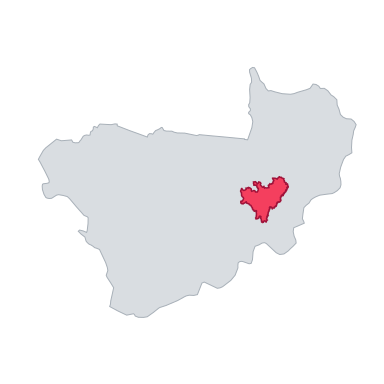 Mouhoun, Mou Houn, Burkina Faso shown in context, rotated 186°
{"feature_id": "67063806B95698273817509", "entity_name": "Mouhoun", "entity_type": "district", "adm_level": 2, "iso_a3": "BFA", "parent_name": "Burkina Faso", "parent_adm1": "Mou Houn", "projection": "natural_earth1", "projection_center": [-3.46, 12.237], "detail": "fine", "context": "in_parent", "style": "filled", "palette": "rose", "viewbox_px": 384, "rotation_deg": 186, "n_neighbors": 0, "source": "geoboundaries", "source_scale": "gbopen_adm2", "svg_char_len": 8675}
<svg xmlns="http://www.w3.org/2000/svg" viewBox="0 0 384 384"><g transform="rotate(186 192 192)"><path d="M289.6,250.0L279.5,250.5L275.7,251.7L273.5,251.7L273.4,250.7L273.2,250.0L260.3,246.5L251.3,244.3L242.2,242.0L241.7,244.2L240.4,245.6L238.4,245.7L237.0,245.4L236.1,247.1L234.6,249.3L232.5,250.4L230.4,251.8L229.3,253.0L228.4,253.0L226.3,250.2L223.6,249.9L218.4,250.4L216.0,249.6L212.9,249.2L205.4,249.8L193.3,248.6L191.4,249.3L190.9,249.8L179.0,249.9L165.9,250.1L154.9,250.2L145.3,250.3L145.3,249.8L142.2,249.7L141.9,250.7L139.2,262.2L138.9,268.4L140.3,272.3L142.0,274.8L143.8,275.8L144.0,277.2L142.5,279.0L142.6,280.8L144.4,282.7L144.8,284.7L143.9,286.8L144.1,291.9L145.4,299.9L145.4,305.0L144.2,307.4L144.8,311.4L147.2,317.1L147.6,319.6L146.7,320.7L144.8,322.2L142.8,322.1L140.5,318.7L139.5,317.1L137.6,313.6L136.0,310.1L133.9,308.5L131.8,307.1L129.2,302.6L126.7,300.5L124.1,301.1L120.3,300.3L112.6,299.2L104.3,299.5L100.8,300.5L97.4,302.2L88.8,305.7L85.4,307.5L82.9,312.0L79.9,311.9L77.0,310.5L75.2,308.4L71.2,308.9L67.5,306.9L63.8,303.0L61.1,301.7L57.6,298.9L56.7,293.6L54.5,289.8L52.5,284.6L49.5,282.2L46.1,281.0L41.4,281.2L38.2,279.1L35.8,276.1L36.4,273.4L37.6,269.7L37.7,266.1L38.4,260.2L38.0,252.8L37.1,247.7L39.8,245.6L42.8,243.7L44.7,240.2L46.7,232.4L47.5,225.6L46.9,223.1L45.9,221.1L45.1,218.2L44.6,214.7L45.2,211.6L47.5,208.7L50.4,206.3L52.4,205.1L57.8,203.9L64.6,202.2L68.5,200.1L71.3,198.1L72.9,196.5L74.5,193.2L77.1,190.7L79.1,188.1L79.4,180.9L79.4,176.8L77.9,174.6L77.1,172.7L87.1,167.1L87.2,163.1L85.8,158.7L83.8,155.2L83.1,152.1L85.9,148.5L88.3,145.8L90.1,143.5L94.1,140.0L98.2,139.0L101.9,140.4L112.8,148.6L114.7,149.2L117.0,148.5L119.9,146.4L123.6,144.6L125.0,139.1L124.8,131.0L125.7,127.2L127.7,126.6L134.0,128.1L135.6,128.2L137.4,127.7L138.7,126.3L138.7,123.7L138.4,121.3L140.4,113.8L144.2,108.1L151.7,101.0L154.1,99.6L156.8,98.9L170.4,103.7L172.6,102.5L175.9,90.5L179.5,89.3L183.9,89.1L186.8,88.1L188.3,87.2L194.7,82.7L206.0,76.4L212.1,73.7L213.3,72.7L217.7,68.3L223.5,63.2L227.2,62.2L232.3,61.8L235.5,62.7L236.4,64.1L237.4,64.8L244.1,62.7L253.7,66.1L261.9,69.5L261.4,71.6L261.4,75.4L260.7,81.4L259.9,88.6L263.4,93.2L267.5,98.2L268.6,100.2L267.5,105.1L268.3,108.0L270.5,112.8L274.2,118.9L278.0,125.2L280.6,126.0L283.1,126.5L284.6,127.6L286.8,128.7L289.0,129.4L290.9,130.8L292.2,132.1L293.8,136.0L298.0,138.6L301.0,141.1L299.8,142.4L296.1,141.9L292.6,140.8L292.2,142.6L292.1,149.7L292.6,155.6L293.5,156.4L297.0,157.5L305.4,165.2L313.0,172.5L315.5,174.4L319.7,175.1L324.4,175.4L326.4,174.7L330.9,171.1L333.3,170.6L335.6,170.8L336.8,171.3L339.0,174.3L341.0,178.8L341.6,182.2L341.5,184.0L340.8,184.6L337.0,185.5L335.4,186.2L335.0,187.1L335.6,189.4L336.4,190.8L340.5,197.3L346.4,206.1L348.2,208.4L347.2,211.0L344.2,217.8L342.0,220.7L332.2,230.4L327.3,229.3L317.2,231.2L315.6,229.0L313.3,228.7L310.3,229.1L309.3,229.9L308.9,230.9L307.9,232.2L306.0,236.1L304.6,237.1L302.8,237.7L300.6,237.6L299.3,238.1L299.3,240.0L298.9,241.6L297.4,242.5L296.8,244.3L296.9,246.2L296.0,247.0L294.1,246.5L292.9,246.0L291.9,248.4L290.6,250.0L289.6,250.0Z" fill="#d9dde1" stroke="#a8b0b8" stroke-width="1"/><path d="M138.7,201.4L138.3,200.9L138.5,200.2L139.4,199.5L140.6,198.9L140.9,199.0L141.7,199.4L142.8,200.7L143.1,200.6L143.2,200.4L143.3,199.3L143.7,198.4L143.8,198.0L143.7,197.8L143.3,197.0L142.8,196.6L142.6,196.2L142.7,195.5L142.4,194.7L142.4,193.9L142.1,193.3L141.4,192.5L140.4,191.9L140.2,191.4L140.0,191.0L140.3,189.7L140.8,188.7L141.3,188.2L141.4,187.9L141.7,187.9L142.2,188.1L142.4,187.9L142.5,187.2L142.4,186.8L142.2,186.1L141.9,185.9L141.6,185.9L141.1,185.5L140.5,185.8L140.1,185.5L139.9,185.5L139.6,186.0L139.3,186.3L139.0,186.4L138.7,186.4L138.2,186.8L137.3,187.8L137.0,187.9L136.7,187.5L136.6,186.8L136.2,186.5L135.7,186.5L135.0,186.3L134.3,186.3L133.9,186.0L133.8,185.6L133.6,185.3L132.3,185.0L131.9,184.7L131.7,184.5L131.5,183.7L130.3,182.7L130.2,181.6L129.7,181.3L129.4,180.6L128.8,180.6L128.5,180.4L128.4,180.1L128.4,179.7L128.2,179.5L128.0,179.4L127.3,179.6L126.4,180.2L125.9,180.0L125.8,179.8L125.8,179.6L126.1,178.8L125.6,177.4L125.7,177.0L125.5,176.2L125.6,175.3L125.4,174.8L125.6,174.2L125.6,173.8L125.8,173.1L126.0,172.8L125.6,172.3L125.6,172.0L124.9,172.0L124.6,172.2L123.9,172.3L123.7,172.4L123.4,172.9L123.3,173.0L123.1,173.0L122.8,173.6L122.7,174.3L122.4,174.9L122.1,175.1L121.6,175.1L121.0,174.8L120.8,174.5L120.9,174.1L121.3,173.3L120.3,172.2L120.1,171.0L119.5,170.4L119.5,170.2L119.8,169.8L119.7,169.5L119.3,169.3L119.0,169.5L118.3,169.6L118.2,169.2L117.7,169.5L117.6,170.3L117.4,170.6L117.0,170.9L116.6,170.9L115.7,170.2L115.2,169.9L115.0,170.2L115.1,170.9L114.9,171.0L114.6,171.3L114.4,171.8L114.2,172.0L114.5,172.2L115.1,172.9L115.0,173.3L115.1,173.7L115.1,173.8L114.7,174.1L114.6,174.3L114.8,174.6L114.8,174.8L114.9,175.4L114.4,175.6L114.1,176.0L114.3,176.0L114.5,176.0L114.6,176.5L114.5,176.9L114.4,176.9L114.3,176.7L114.0,176.8L114.0,177.1L114.3,177.2L114.4,177.5L114.3,177.8L114.0,178.2L114.1,178.6L114.0,178.9L114.1,179.7L114.0,179.9L114.0,180.2L113.8,180.4L113.6,180.4L113.5,180.5L113.6,181.2L113.5,181.4L113.4,181.5L113.5,181.8L113.5,182.2L113.1,182.5L113.3,183.0L112.9,183.4L112.7,183.9L112.7,184.0L113.3,184.4L113.3,184.8L113.0,185.3L112.7,185.5L112.0,185.2L111.6,185.3L111.2,185.2L111.0,184.9L111.0,184.6L110.8,184.3L110.7,184.3L110.6,184.1L110.6,183.7L110.4,183.6L110.1,183.9L110.1,184.1L109.8,184.5L109.6,184.5L109.3,184.4L109.4,184.5L109.2,184.7L108.6,184.7L108.6,184.8L108.5,185.2L108.6,185.5L108.0,185.7L107.8,185.9L107.8,186.2L107.7,186.2L107.6,186.3L107.3,186.3L107.1,186.4L107.3,186.6L107.4,186.8L107.2,187.0L107.0,186.9L106.9,187.0L106.8,187.3L106.6,187.5L106.7,187.8L106.4,188.2L106.5,188.7L106.4,189.0L106.5,189.1L106.6,189.3L106.1,189.7L106.2,190.1L105.9,190.0L105.7,190.1L105.6,190.4L105.8,190.6L105.5,191.1L105.3,191.3L104.9,191.2L104.5,191.0L104.3,191.1L104.1,191.3L103.7,191.2L103.1,192.1L103.0,192.5L102.8,192.6L102.7,193.1L102.9,193.1L103.2,193.3L103.1,193.6L103.4,194.1L103.2,194.6L103.3,194.7L103.3,195.0L103.5,195.5L103.3,195.8L103.4,196.0L103.0,196.2L102.8,196.5L102.9,196.9L102.7,197.0L103.0,197.3L102.8,197.6L102.7,197.9L102.4,198.2L102.4,197.9L101.6,198.1L101.1,197.9L100.9,198.1L100.9,198.4L100.9,198.7L101.2,198.9L101.0,199.4L100.7,200.3L100.6,200.5L100.3,200.5L100.2,200.4L100.3,200.1L100.2,200.0L100.0,200.4L99.7,200.9L99.9,201.2L99.9,201.3L99.6,201.6L99.0,201.8L98.8,202.0L98.8,202.3L98.5,202.7L98.6,203.1L98.9,203.1L99.0,203.2L99.0,203.4L99.0,203.6L98.8,203.9L98.6,203.8L98.5,203.6L98.2,203.6L97.9,204.0L98.0,204.7L97.8,204.8L97.7,205.1L97.7,205.3L97.8,205.7L97.9,205.9L98.0,206.2L98.1,206.3L98.1,206.5L97.8,206.8L97.6,206.3L97.3,206.1L97.0,206.4L96.8,207.1L96.8,207.4L97.2,207.9L97.5,208.9L97.8,209.2L97.7,209.4L97.9,210.0L98.1,210.0L98.4,209.7L98.5,209.7L98.8,209.5L99.2,209.5L99.3,209.6L99.5,209.6L99.6,209.9L99.6,210.2L99.4,210.9L99.4,211.1L99.9,211.3L100.4,211.3L101.2,211.7L101.4,212.5L101.3,212.9L101.6,213.2L101.6,213.4L102.1,213.8L102.3,214.5L102.1,214.9L103.4,215.2L104.0,215.3L104.4,215.5L104.6,215.9L104.8,216.0L105.2,216.0L105.5,215.8L105.9,215.8L106.5,216.0L106.7,216.3L106.8,216.3L107.0,216.0L107.2,215.8L107.4,215.4L107.7,215.2L107.8,215.0L108.3,214.6L108.4,214.2L108.7,213.7L109.8,214.2L110.8,214.4L112.2,214.3L112.6,214.1L112.9,214.2L113.0,214.1L113.3,214.1L113.3,213.9L112.8,213.4L112.8,213.1L112.5,212.8L112.4,212.6L112.3,212.4L112.0,212.4L111.8,212.2L111.9,211.6L112.1,211.4L112.2,210.9L112.4,210.7L112.5,210.4L112.6,210.2L112.5,209.8L112.4,209.3L112.6,209.0L112.8,209.0L112.9,208.9L113.2,208.9L113.3,208.7L113.5,208.5L113.5,208.3L113.7,208.2L114.0,208.4L114.4,208.1L114.6,208.1L114.9,207.9L115.3,208.2L115.4,207.9L115.6,207.9L115.6,207.6L115.9,207.0L116.6,206.9L116.8,206.6L116.6,206.3L116.5,205.7L116.0,204.4L118.1,203.8L119.6,203.9L120.1,203.8L120.3,203.6L120.4,203.9L121.1,205.1L121.3,204.9L121.5,204.4L121.6,204.2L122.2,204.1L122.6,204.2L122.7,204.4L123.6,205.2L124.6,205.9L124.7,206.4L124.7,206.7L124.4,207.7L124.7,208.2L124.9,208.3L125.0,208.6L126.0,208.9L126.7,209.0L127.0,208.3L126.9,207.9L127.8,207.0L129.9,208.9L131.9,208.4L131.7,207.8L131.7,207.4L131.8,207.2L131.3,205.9L131.2,205.3L130.5,205.5L130.3,205.3L130.1,205.4L129.8,205.2L129.5,205.4L128.9,205.5L128.5,205.3L128.4,205.4L128.2,205.0L127.8,203.7L127.7,203.6L127.8,203.6L127.6,203.2L127.2,202.9L127.0,202.6L126.6,202.6L126.4,202.4L126.4,201.0L126.5,200.2L127.0,199.0L127.1,198.8L127.3,198.7L128.6,198.8L128.9,198.7L129.2,199.3L129.5,199.7L130.5,200.0L132.7,198.9L133.1,199.4L133.3,200.9L133.5,201.3L135.0,202.2L135.5,202.2L135.9,202.4L136.3,202.5L136.6,202.3L136.6,201.9L136.8,202.0L137.0,201.9L137.3,201.9L137.6,201.7L138.3,201.5L138.7,201.4Z" fill="#f43f5e" stroke="#9f1239" stroke-width="1.5"/></g></svg>